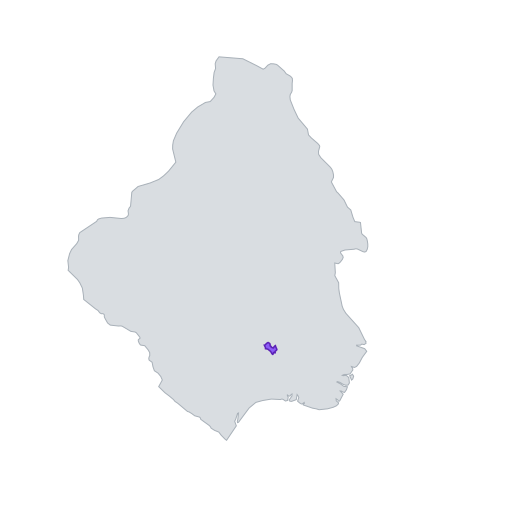 Etsako West, Edo, Nigeria (highlighted), rotated 307°
{"feature_id": "59680162B35912483761792", "entity_name": "Etsako West", "entity_type": "district", "adm_level": 2, "iso_a3": "NGA", "parent_name": "Nigeria", "parent_adm1": "Edo", "projection": "natural_earth1", "projection_center": [6.315, 7.0], "detail": "fine", "context": "in_parent", "style": "filled", "palette": "violet", "viewbox_px": 512, "rotation_deg": 307, "n_neighbors": 0, "source": "geoboundaries", "source_scale": "gbopen_adm2", "svg_char_len": 5529}
<svg xmlns="http://www.w3.org/2000/svg" viewBox="0 0 512 512"><g transform="rotate(307 256 256)"><path d="M392.8,106.6L405.6,126.8L408.4,141.9L409.5,149.3L411.5,150.2L415.5,150.6L418.4,152.0L420.1,154.5L421.2,156.8L421.4,158.2L420.7,167.2L419.7,170.4L420.3,174.9L420.1,176.8L419.7,178.1L418.0,179.6L415.6,181.0L409.9,185.3L408.2,185.9L405.8,186.1L403.8,187.1L401.3,189.4L396.0,198.1L391.5,206.7L388.3,220.7L384.3,225.1L383.6,229.0L383.0,237.7L382.4,240.3L381.7,241.1L377.4,242.8L374.9,244.8L373.5,248.7L371.6,262.2L370.9,264.4L369.5,266.7L367.3,269.2L365.4,270.6L360.5,271.6L355.8,281.7L355.7,283.4L353.7,292.6L350.1,299.6L349.8,304.0L345.3,310.1L342.9,314.2L345.4,318.6L345.6,319.3L337.8,326.6L337.3,327.7L337.0,332.8L336.4,334.2L334.9,336.0L332.8,338.1L330.7,339.7L328.3,340.8L325.9,341.2L324.6,340.5L323.9,339.0L322.6,332.8L321.9,331.4L320.4,330.2L314.3,323.4L310.7,321.0L309.9,321.2L309.3,321.8L308.3,325.3L307.3,326.5L305.3,327.0L302.0,327.0L299.6,326.5L299.0,325.8L297.8,323.1L290.4,329.4L287.7,330.8L284.4,338.1L279.7,341.8L276.5,345.0L267.8,355.0L266.0,357.9L264.3,362.3L260.6,381.2L254.6,392.9L253.8,395.4L253.4,395.3L252.6,396.4L250.3,395.7L249.3,393.5L247.8,393.2L245.3,390.0L244.8,390.5L247.4,398.6L246.5,401.8L239.1,401.9L232.8,402.9L228.4,402.8L226.2,401.7L225.2,398.6L224.9,399.0L224.6,400.6L223.3,401.9L218.4,402.1L216.2,400.0L214.5,397.7L212.6,396.7L212.9,397.7L215.0,399.9L214.8,403.2L210.8,407.0L208.3,407.2L206.8,405.5L206.0,402.9L205.6,399.0L204.6,396.4L204.0,396.4L204.7,400.7L204.7,404.6L206.6,407.7L203.7,408.7L200.3,408.8L199.8,407.6L199.4,405.1L198.8,404.4L198.1,408.8L191.0,410.0L190.0,409.8L189.8,409.0L190.3,407.8L190.2,405.8L188.6,407.3L188.4,410.3L187.5,410.8L184.8,410.4L181.8,408.8L177.0,405.1L171.2,398.9L170.2,396.1L168.5,392.7L165.5,383.4L166.0,382.9L167.4,383.4L168.1,382.6L165.6,381.9L165.1,381.2L164.9,379.2L165.1,376.6L168.8,375.3L169.6,373.8L170.1,372.2L165.5,374.6L161.3,371.9L160.4,370.3L160.8,369.1L165.8,369.0L167.5,367.8L166.4,367.4L164.6,367.4L163.9,366.6L163.9,364.7L163.3,365.1L162.5,366.8L159.6,368.1L157.9,366.8L157.8,364.0L157.4,362.8L156.0,361.8L151.0,354.4L144.6,348.3L139.0,344.0L130.5,342.0L112.7,342.1L111.8,341.5L112.8,340.5L114.4,339.9L120.1,336.5L119.2,336.0L113.2,338.1L111.2,338.4L108.5,342.5L91.1,343.4L91.1,341.5L91.9,336.1L93.0,332.3L91.8,327.8L91.5,323.7L92.2,322.4L92.5,320.8L92.3,310.3L93.3,308.7L93.3,307.7L91.5,303.2L91.5,299.7L91.2,296.4L90.6,294.8L91.3,282.0L91.1,278.8L91.7,276.5L92.0,271.0L92.0,265.5L93.1,256.9L100.6,255.8L102.5,252.4L103.5,248.2L103.2,243.9L105.6,240.3L108.6,237.0L108.5,233.4L109.3,232.3L110.7,231.5L112.7,231.0L114.9,229.2L116.2,226.1L117.4,221.1L115.5,217.6L115.5,216.8L116.2,214.9L117.4,213.0L118.4,212.4L120.5,212.9L121.2,212.2L122.7,206.6L122.5,205.1L120.5,201.4L119.4,191.4L118.8,190.1L117.3,188.3L113.1,181.2L113.2,177.8L115.0,173.6L116.1,171.5L117.7,170.3L118.0,169.3L117.6,168.1L116.8,167.2L116.6,165.3L117.4,162.6L117.2,159.7L117.6,144.6L121.0,141.6L125.9,136.6L128.5,131.5L129.8,127.6L131.5,114.6L134.1,113.2L139.1,108.5L145.8,105.7L150.2,104.8L157.9,105.4L161.8,104.9L165.1,102.3L166.6,101.6L168.7,101.2L187.8,107.9L189.5,107.6L191.0,108.1L193.4,109.9L199.0,116.2L204.9,125.9L206.8,128.0L208.6,129.1L210.5,129.5L211.9,129.4L213.3,128.4L215.1,126.6L217.9,125.8L220.2,125.9L232.1,118.5L233.3,118.4L240.6,120.0L250.6,127.5L258.7,132.3L264.5,134.0L271.2,135.1L282.7,135.5L291.3,125.0L294.5,122.7L298.3,120.7L306.4,118.7L319.7,117.4L332.2,118.0L340.0,119.8L348.2,123.2L351.8,126.5L357.4,127.0L361.3,126.4L362.6,123.1L366.6,118.8L372.5,114.9L377.4,112.1L381.4,110.9L385.0,107.7L387.8,106.7L392.8,106.6ZM218.8,406.3L216.1,407.3L214.4,407.0L216.8,402.8L218.0,403.7L219.6,404.1L218.8,406.3Z" fill="#d9dde1" stroke="#a8b0b8" stroke-width="1"/><path d="M189.6,328.3L189.7,328.5L189.8,328.6L189.8,328.8L189.9,329.1L190.0,329.3L190.0,329.5L190.4,329.5L190.6,329.3L190.7,329.2L190.8,329.0L191.0,328.7L191.4,328.7L191.6,328.7L191.9,328.8L192.1,328.9L192.3,328.9L192.6,328.9L192.9,329.0L193.1,329.0L193.3,329.1L193.5,329.1L194.0,328.9L194.1,328.6L194.2,328.4L194.5,328.1L194.6,327.8L194.8,327.4L195.0,327.0L195.2,326.8L195.3,326.6L195.4,326.3L195.6,326.1L195.8,325.8L195.9,325.6L196.0,325.5L196.1,325.4L195.9,325.3L195.6,325.2L195.4,325.2L195.0,325.1L194.7,325.2L194.3,325.1L194.1,325.0L193.8,325.1L193.7,325.2L193.2,325.3L193.0,325.2L192.9,325.0L192.9,324.6L192.8,324.4L192.6,324.3L192.6,324.1L192.5,323.9L192.5,323.6L192.5,323.3L192.4,323.1L192.8,322.6L192.7,322.4L192.9,322.1L192.9,321.8L192.7,321.5L193.0,321.2L193.3,320.9L193.4,320.7L193.6,320.7L193.8,320.5L193.9,320.4L194.0,320.3L194.1,320.1L194.3,319.9L194.4,319.6L194.4,319.3L194.4,319.1L194.4,318.9L194.3,318.5L194.2,318.2L194.2,317.8L194.2,317.7L193.8,317.5L193.6,317.5L193.4,317.3L193.2,317.2L192.8,317.2L192.6,317.1L192.4,317.1L192.0,317.0L191.8,316.9L191.5,316.9L191.3,316.9L191.1,316.9L190.8,316.8L190.7,316.8L190.2,316.7L189.8,316.3L189.7,316.5L189.5,316.8L189.3,317.2L189.0,317.8L188.9,318.0L188.7,318.4L188.6,318.6L188.2,319.2L187.8,319.4L187.7,319.4L187.8,319.8L188.0,320.1L188.1,320.3L188.3,320.5L188.4,320.8L188.6,321.2L188.6,321.4L188.7,321.6L188.7,321.8L188.7,322.2L188.7,322.3L188.7,322.6L188.6,323.4L188.6,324.7L188.6,325.0L188.5,325.3L188.4,325.5L188.3,325.8L188.2,326.1L188.0,326.4L187.9,326.7L187.8,327.0L187.6,327.4L187.6,327.5L187.6,327.8L187.5,328.0L187.4,328.2L187.4,328.5L187.6,328.7L187.8,328.7L188.1,328.6L188.6,328.4L188.8,328.3L189.0,328.3L189.2,328.2L189.4,328.1L189.5,328.3L189.6,328.3Z" fill="#8b5cf6" stroke="#5b21b6" stroke-width="1.5"/></g></svg>